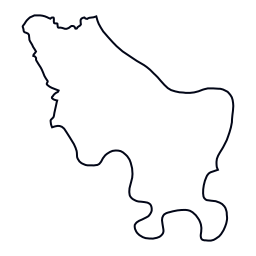 Tan Tru, Long An, Vietnam (Albers equal-area conic projection)
{"feature_id": "81297802B79980761269040", "entity_name": "Tan Tru", "entity_type": "district", "adm_level": 2, "iso_a3": "VNM", "parent_name": "Vietnam", "parent_adm1": "Long An", "projection": "albers", "projection_center": [106.499, 10.529], "detail": "fine", "context": "isolated", "style": "outline", "palette": "ink", "viewbox_px": 256, "rotation_deg": 0, "n_neighbors": 0, "source": "geoboundaries", "source_scale": "gbopen_adm2", "svg_char_len": 4346}
<svg xmlns="http://www.w3.org/2000/svg" viewBox="0 0 256 256"><path d="M30.1,17.3L28.7,18.5L26.7,20.5L25.7,21.9L24.5,23.8L23.2,25.5L22.8,26.1L22.7,26.5L22.9,27.4L23.1,27.9L23.5,29.4L23.6,30.5L23.7,31.0L24.0,31.6L24.3,32.0L25.0,32.4L26.2,32.8L27.8,33.5L28.5,34.2L28.9,34.9L29.0,35.4L29.1,36.7L29.3,38.3L29.4,39.8L30.1,41.4L32.1,44.7L33.1,46.9L34.6,49.2L36.0,51.5L35.3,52.6L33.6,54.6L33.3,55.9L34.8,56.4L35.6,57.3L36.1,58.1L36.0,59.3L36.2,60.3L38.5,64.1L40.7,67.5L41.8,69.6L43.1,72.6L44.4,75.9L45.9,78.5L47.6,81.0L47.7,81.3L47.6,81.9L47.0,83.0L46.8,83.5L46.8,84.2L47.4,85.0L49.5,86.6L51.7,87.8L56.0,89.5L58.6,90.5L58.2,91.5L57.9,91.9L55.6,93.1L53.9,94.6L52.8,96.2L52.1,96.9L51.9,97.6L52.0,98.1L52.8,98.9L54.0,99.6L55.8,100.2L57.2,100.5L56.7,102.3L56.0,105.6L54.4,112.8L53.9,115.9L53.4,117.3L51.8,118.9L51.3,119.4L50.8,120.0L50.6,120.6L50.6,121.0L50.8,122.8L51.0,124.3L51.7,126.4L52.1,127.3L55.0,126.4L57.5,125.9L59.7,126.0L61.9,126.8L64.1,128.6L66.3,131.9L69.8,137.4L73.9,144.1L75.6,147.9L76.2,149.8L76.5,150.5L76.8,152.1L76.9,153.1L77.0,155.4L77.1,157.0L77.4,157.9L77.7,158.7L78.2,159.5L79.4,161.4L81.4,163.1L83.0,163.9L84.9,164.7L85.7,165.0L87.4,165.3L90.0,165.3L93.9,165.4L97.5,164.9L99.3,163.9L101.1,161.7L102.9,158.3L105.2,155.3L107.0,153.8L109.9,152.0L112.5,150.9L115.5,150.5L118.1,150.6L120.6,151.1L123.0,152.4L125.6,154.6L125.9,154.9L127.3,156.3L129.5,159.6L130.7,162.7L131.5,165.9L132.1,168.3L132.5,173.9L132.2,177.7L131.1,182.1L130.1,185.9L129.5,188.4L129.4,190.2L129.3,190.9L129.3,192.3L129.5,193.9L129.7,195.1L129.8,195.5L130.3,196.5L131.4,197.9L132.8,199.1L134.8,200.2L136.5,201.0L138.5,201.5L141.2,201.7L144.5,202.1L147.3,202.6L148.7,203.2L150.3,204.4L151.0,205.6L151.5,207.1L151.7,208.5L151.7,210.4L151.4,211.6L150.8,212.9L149.9,214.4L148.4,216.2L146.5,217.3L142.1,219.5L139.1,220.8L136.8,222.3L135.7,223.5L134.8,224.9L134.7,225.8L134.7,226.9L135.0,228.8L136.2,231.5L137.3,233.1L139.4,235.1L142.7,237.1L145.5,238.1L149.2,238.5L153.0,238.6L156.9,237.8L159.5,236.8L160.7,235.9L161.4,235.3L162.4,234.1L162.9,233.4L163.3,232.2L163.5,231.1L163.4,229.5L162.5,224.0L162.0,220.2L162.3,217.7L163.2,215.7L164.2,214.4L166.4,213.1L168.9,212.3L169.1,212.3L172.9,211.3L177.5,210.4L181.5,210.0L185.4,209.9L187.8,210.2L190.0,210.8L192.6,212.3L195.8,215.2L197.7,217.8L199.1,219.9L200.2,222.4L200.9,224.5L201.4,228.0L201.2,231.8L200.8,234.4L200.7,235.9L201.0,237.8L201.4,238.7L201.6,239.0L202.3,239.7L203.1,240.0L204.3,240.3L205.4,240.3L208.1,240.6L210.9,240.6L213.6,239.9L215.6,238.8L219.1,236.4L221.1,234.1L223.5,230.3L225.1,226.7L226.2,223.6L226.6,221.8L227.0,219.6L227.1,218.0L227.0,216.7L226.8,214.7L226.7,212.3L226.4,211.0L225.5,208.2L224.4,206.4L222.2,204.1L219.6,202.6L215.7,201.2L211.2,200.7L206.8,200.1L205.6,199.5L204.1,197.9L203.5,196.5L203.1,193.4L203.2,189.4L203.8,185.2L204.9,180.8L206.4,177.0L207.1,175.5L208.7,173.5L210.5,172.3L213.2,171.4L217.9,169.8L216.8,167.1L216.6,165.4L216.5,163.5L216.5,161.8L216.9,158.8L218.1,155.7L219.9,152.5L222.2,148.8L223.3,146.9L223.4,146.7L225.2,143.2L226.8,140.0L228.2,136.1L229.5,132.3L230.9,127.4L231.9,122.3L232.0,119.5L232.4,115.2L232.8,112.0L233.0,110.2L233.3,106.0L233.1,103.1L232.6,99.9L231.8,97.3L230.4,95.0L229.0,93.3L227.6,91.8L225.5,90.7L223.0,89.5L220.4,88.8L217.9,88.7L213.2,88.4L207.8,88.4L205.7,88.9L204.4,89.2L202.7,89.7L198.5,91.3L194.2,92.4L189.8,92.9L185.9,92.9L183.7,92.6L182.6,92.5L179.5,92.3L175.3,91.4L171.1,90.1L167.8,88.1L164.4,84.9L160.6,80.7L157.7,77.3L155.2,74.8L154.1,73.8L150.1,69.8L148.3,68.3L146.7,67.0L144.0,65.1L141.1,63.4L136.8,60.9L132.3,57.9L122.6,51.4L116.6,46.2L112.8,42.3L108.0,37.0L103.6,31.9L103.3,31.6L100.8,27.6L98.7,23.8L97.5,20.7L96.6,17.5L96.3,16.4L93.5,17.3L91.7,17.5L89.3,17.8L87.9,18.4L87.2,18.9L86.2,18.7L85.4,18.5L84.5,17.5L83.3,17.7L81.6,18.5L80.9,19.4L80.6,20.2L80.6,21.5L80.7,23.0L80.9,24.3L80.7,24.7L80.1,25.5L79.3,26.0L77.6,27.2L76.9,28.4L76.0,28.7L75.8,28.7L75.3,28.5L75.1,27.8L74.4,26.7L73.7,26.2L72.8,26.0L71.5,26.0L70.8,26.4L68.7,28.0L66.6,28.8L64.9,28.8L63.4,28.3L62.1,27.9L60.4,27.6L58.7,27.7L58.0,27.4L57.7,26.7L57.6,25.6L57.5,24.8L57.4,23.7L56.9,23.4L56.3,23.4L55.0,23.4L54.2,23.1L54.0,22.6L53.8,21.6L53.9,19.6L53.8,18.1L53.5,17.6L53.1,17.5L52.2,17.5L51.5,17.7L50.3,18.7L49.2,18.2L48.6,18.0L47.3,17.3L44.8,16.3L42.4,15.7L40.1,15.4L37.1,15.4L34.4,15.4L33.3,15.9L32.0,16.5L30.1,17.3Z" fill="none" stroke="#020617" stroke-width="2"/></svg>